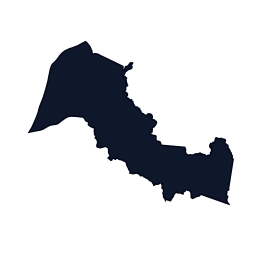 outline of Ponta de Pedras, Pará, Brazil, rotated 170°
{"feature_id": "56859067B9412259254898", "entity_name": "Ponta de Pedras", "entity_type": "district", "adm_level": 2, "iso_a3": "BRA", "parent_name": "Brazil", "parent_adm1": "Pará", "projection": "albers", "projection_center": [-49.151, -1.11], "detail": "fine", "context": "isolated", "style": "filled", "palette": "ink", "viewbox_px": 256, "rotation_deg": 170, "n_neighbors": 0, "source": "geoboundaries", "source_scale": "gbopen_adm2", "svg_char_len": 5784}
<svg xmlns="http://www.w3.org/2000/svg" viewBox="0 0 256 256"><g transform="rotate(170 128 128)"><path d="M177.0,214.7L179.9,213.1L182.0,211.5L186.7,207.1L188.7,205.6L190.8,204.3L192.4,202.6L194.0,199.8L197.4,191.4L198.3,188.8L202.1,180.5L206.2,172.5L211.3,164.2L212.8,161.0L213.4,159.5L216.8,153.6L219.6,149.4L222.5,145.2L226.1,141.1L214.2,141.3L212.3,141.6L208.5,143.0L205.5,144.0L203.8,144.4L197.3,144.3L195.8,144.8L192.3,146.7L188.1,148.7L185.4,149.6L181.7,149.6L176.4,148.4L172.1,147.0L171.3,147.2L170.3,146.5L169.0,144.8L168.5,142.8L167.8,142.0L166.5,141.5L165.9,140.2L166.1,138.8L166.4,138.1L165.2,136.6L162.7,134.7L161.6,135.0L161.0,134.3L161.3,133.7L161.3,133.0L160.9,132.4L161.7,131.2L161.8,128.3L162.0,127.4L161.2,126.1L161.2,125.0L161.7,124.5L161.9,123.7L160.9,123.1L160.8,122.3L160.2,121.5L160.5,120.5L159.9,120.1L159.8,119.4L160.4,118.9L160.6,117.7L161.3,117.4L161.3,116.4L161.9,115.8L161.3,114.4L160.5,114.4L159.9,113.9L158.9,113.4L158.3,113.5L157.7,113.3L157.1,113.6L155.9,113.7L155.2,113.5L154.1,114.1L152.7,113.5L150.9,112.0L150.7,111.5L150.9,110.2L150.8,109.3L151.1,108.7L151.3,106.4L150.2,104.4L150.5,103.8L151.0,103.4L151.3,102.6L152.2,102.4L152.7,101.8L152.1,101.5L151.9,100.8L150.9,99.9L150.6,99.2L150.0,99.2L149.3,99.5L148.6,101.1L146.7,100.4L146.5,99.8L145.9,99.4L145.2,99.8L144.8,100.4L144.2,100.1L142.8,100.0L142.8,99.3L142.4,98.8L141.8,98.5L141.1,98.4L139.0,97.2L138.3,96.6L137.7,96.3L137.0,95.8L135.5,94.3L135.7,91.9L135.4,91.2L135.0,89.5L134.5,88.1L134.5,87.1L133.8,85.8L133.5,84.3L133.9,83.2L132.6,83.0L131.6,82.2L130.8,82.7L130.0,82.7L129.9,82.0L128.5,82.3L126.9,81.9L126.1,81.9L126.0,81.3L124.7,81.0L124.9,80.4L124.3,80.1L124.3,79.4L124.0,78.9L122.7,78.6L122.0,78.8L121.4,78.2L120.8,77.9L120.8,77.2L119.5,76.4L118.4,75.3L117.8,75.1L116.9,74.2L116.6,73.6L116.1,73.2L115.3,72.0L114.6,72.1L114.0,71.6L112.9,68.9L112.4,68.4L112.6,67.7L112.5,67.1L111.5,67.3L111.0,67.8L110.2,67.9L109.5,67.6L108.0,67.5L107.2,67.7L106.6,68.0L106.4,68.7L105.8,68.3L105.0,68.3L104.6,67.5L104.0,67.3L104.5,66.1L104.1,64.7L105.0,63.3L104.5,62.4L104.0,62.0L103.7,60.0L104.9,57.7L104.9,56.9L104.4,56.4L104.5,55.5L104.9,54.9L104.7,54.1L104.7,53.4L104.5,52.8L104.0,52.2L103.7,50.6L103.3,51.4L102.5,50.8L99.7,49.5L99.1,49.0L98.4,49.4L98.1,50.0L95.2,52.9L95.1,53.6L94.1,54.5L94.1,55.3L92.7,55.8L92.3,56.3L91.6,56.3L90.9,55.8L89.7,55.3L89.1,55.4L88.4,55.2L86.1,54.1L85.4,53.5L84.9,54.3L85.2,54.8L85.1,55.4L83.6,55.7L82.9,55.9L81.9,57.1L81.2,57.2L80.6,56.8L80.0,56.3L78.5,55.9L77.6,54.6L77.3,53.7L77.1,51.9L77.5,51.0L77.5,49.4L77.8,48.6L76.7,47.5L73.8,48.2L73.1,48.6L71.2,48.6L69.4,48.9L67.9,50.2L42.0,35.6L42.2,36.2L42.7,36.9L43.4,37.4L43.1,38.8L43.4,39.6L43.3,40.5L42.7,41.2L41.7,43.3L42.7,44.2L42.8,44.9L42.0,47.0L41.8,47.9L41.8,48.8L41.0,49.3L40.4,49.3L39.5,49.8L39.4,50.6L39.6,51.2L39.0,52.5L29.9,79.0L30.5,80.1L30.7,81.2L30.2,82.0L30.3,83.0L30.9,83.7L30.8,85.1L31.0,86.0L31.8,87.3L31.6,88.0L31.8,88.6L32.4,89.8L32.5,90.5L33.1,91.7L32.6,93.5L33.6,94.3L34.0,95.0L34.6,95.2L35.0,95.8L35.2,96.7L35.0,97.5L34.2,98.6L34.3,99.5L35.7,100.5L36.4,100.4L37.1,100.8L37.5,101.3L38.2,101.6L40.5,101.7L41.2,101.9L42.2,102.9L42.8,102.7L43.5,102.8L43.9,101.5L44.1,100.4L44.7,100.2L44.5,99.5L44.9,99.1L46.1,98.9L46.8,99.0L47.2,98.3L48.0,98.2L49.1,98.4L49.2,97.8L49.9,97.6L50.3,97.0L50.6,95.8L49.8,95.9L49.9,95.3L50.3,94.4L49.1,94.0L49.2,93.4L49.6,92.8L49.6,92.1L49.2,91.5L50.0,90.3L51.0,89.3L50.5,88.9L51.8,87.3L52.5,86.9L53.2,87.0L53.7,87.3L55.1,86.8L55.5,86.3L55.8,86.8L56.4,87.0L56.5,87.7L57.0,88.2L57.6,88.6L58.1,88.4L58.7,88.9L59.3,89.2L59.8,89.8L61.0,90.1L61.3,90.8L62.0,90.8L62.5,90.3L63.8,90.3L64.3,90.6L65.7,90.7L67.0,90.6L67.6,90.1L68.4,90.2L69.0,90.0L69.6,90.1L71.0,90.7L71.8,90.9L72.4,90.6L73.2,90.8L75.0,91.9L75.7,94.4L75.1,96.8L75.1,97.7L75.5,99.1L97.8,105.1L98.4,105.6L98.5,107.1L98.8,108.6L100.5,109.7L101.9,109.9L102.2,110.5L102.6,111.9L102.2,113.3L102.3,114.0L101.9,114.6L102.0,115.2L102.5,115.7L104.4,116.3L105.9,117.1L106.8,118.1L106.4,119.4L105.9,119.7L105.6,120.3L105.0,120.1L104.8,121.5L104.4,122.0L104.3,122.6L104.5,123.3L104.0,123.9L103.8,124.5L102.9,124.5L102.1,124.7L101.6,125.4L100.5,126.0L100.0,127.3L99.3,127.5L99.1,128.1L99.0,128.8L99.1,129.5L100.3,130.5L100.5,131.1L102.5,132.3L103.0,132.8L102.9,133.6L102.4,133.9L102.1,135.3L102.4,136.7L103.3,137.7L104.5,138.1L105.0,138.4L105.9,138.4L106.5,137.8L107.7,137.3L108.5,137.5L109.2,137.7L110.6,139.4L111.3,139.8L111.9,140.0L112.6,141.3L112.4,142.2L112.7,142.8L113.2,143.4L113.2,144.8L113.8,145.3L114.3,145.6L115.3,147.0L116.0,147.2L116.7,147.0L117.8,148.5L118.1,149.2L118.1,150.0L118.9,151.5L118.6,152.8L119.2,153.1L119.5,154.6L119.9,155.3L120.6,155.4L122.3,154.7L122.6,155.3L122.4,156.0L122.0,156.5L122.6,157.2L124.0,158.0L124.1,158.9L124.0,159.6L123.3,159.9L122.9,160.4L122.6,161.9L123.6,163.3L124.3,163.3L124.9,163.1L125.2,163.7L124.9,164.6L123.9,165.8L123.6,166.5L123.6,167.2L123.3,167.7L123.4,168.5L122.8,169.3L122.2,169.8L121.3,169.7L121.0,170.2L121.5,170.8L121.9,171.5L121.3,172.2L121.7,172.8L122.3,172.5L122.6,173.0L122.3,173.6L121.6,173.9L121.6,176.4L121.0,176.9L120.8,177.5L121.4,178.1L121.9,179.0L122.7,179.5L123.2,179.1L123.8,179.7L123.8,180.5L123.1,180.8L121.9,182.0L120.9,184.0L119.3,184.5L118.7,185.1L117.9,185.4L115.2,185.8L114.3,186.2L113.8,186.6L113.5,187.6L113.9,189.6L113.5,190.1L112.4,190.5L112.3,191.4L113.3,191.5L114.1,191.8L114.7,191.5L116.0,190.3L116.3,189.5L116.9,189.2L117.6,189.2L118.1,188.9L119.0,188.7L119.8,188.8L120.0,188.1L121.0,186.6L122.3,185.3L122.8,186.4L122.7,187.1L122.8,187.7L122.8,188.3L122.3,188.8L122.4,189.6L143.7,204.9L144.1,205.4L145.9,206.4L148.0,206.9L148.5,206.4L149.8,207.1L150.3,207.6L150.4,209.8L150.2,210.6L150.6,211.1L151.4,214.8L153.9,219.3L154.9,220.4L163.4,217.6L169.0,216.5L171.8,216.2L177.0,214.7Z" fill="#0f172a" stroke="#020617" stroke-width="1.5"/></g></svg>